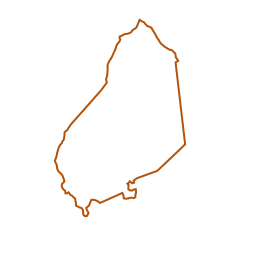 Croatá, Ceará, Brazil, rotated 123°
{"feature_id": "56859067B24507433610360", "entity_name": "Croatá", "entity_type": "district", "adm_level": 2, "iso_a3": "BRA", "parent_name": "Brazil", "parent_adm1": "Ceará", "projection": "natural_earth1", "projection_center": [-40.941, -4.378], "detail": "fine", "context": "isolated", "style": "outline", "palette": "amber", "viewbox_px": 256, "rotation_deg": 123, "n_neighbors": 0, "source": "geoboundaries", "source_scale": "gbopen_adm2", "svg_char_len": 2055}
<svg xmlns="http://www.w3.org/2000/svg" viewBox="0 0 256 256"><g transform="rotate(123 128 128)"><path d="M31.0,177.2L36.0,176.2L38.1,175.8L39.6,175.8L40.9,176.3L42.2,177.0L43.7,177.5L45.7,177.5L47.3,178.2L49.1,179.6L50.6,181.4L51.8,182.4L53.9,183.5L55.8,184.8L57.1,184.1L58.0,182.7L60.0,182.3L62.1,182.5L63.8,182.7L65.6,182.5L67.5,181.7L70.2,181.3L72.4,181.0L75.0,180.5L76.8,180.3L78.9,180.1L81.4,180.1L83.5,180.0L85.7,179.6L87.1,178.9L88.3,178.2L89.9,177.0L91.5,176.1L94.3,174.6L95.7,173.9L97.5,173.5L99.4,172.7L101.4,170.5L111.8,171.2L151.9,177.2L153.3,177.5L154.8,177.6L156.8,177.9L158.8,177.8L160.5,178.0L162.5,177.8L164.0,178.3L166.1,178.8L167.4,178.1L168.9,177.2L170.5,176.5L172.9,175.5L175.2,175.7L176.8,175.2L178.6,175.7L180.5,175.6L182.7,175.3L185.0,174.6L187.4,173.9L190.0,172.8L192.7,172.0L195.4,171.5L196.9,169.2L198.1,167.3L199.5,166.3L200.9,165.0L202.4,162.3L202.7,160.2L203.1,158.2L203.9,156.5L205.0,155.3L205.9,153.8L207.5,152.2L210.6,152.8L212.5,152.2L213.9,150.6L214.7,148.7L214.9,146.5L216.9,144.8L216.0,143.6L214.3,142.8L215.4,140.1L215.3,138.1L215.8,135.5L216.0,133.8L217.6,132.6L219.0,130.9L220.4,130.2L221.5,129.3L221.2,127.4L221.1,125.7L220.4,123.4L221.3,121.1L222.9,119.9L225.0,118.3L225.4,116.2L224.3,114.6L222.3,114.6L220.6,115.0L219.7,116.8L218.8,118.3L217.8,119.5L216.4,119.1L214.6,118.5L211.5,119.0L210.1,119.3L208.1,119.6L206.7,117.2L206.1,115.0L205.9,112.3L206.2,110.7L188.1,99.0L185.6,97.4L186.4,95.8L187.9,94.3L189.3,93.2L188.6,91.6L187.1,89.5L185.5,88.4L184.4,86.8L183.6,85.0L182.1,84.1L180.3,85.3L178.0,86.0L176.3,87.2L175.1,88.1L175.9,89.3L177.9,90.2L179.3,92.3L179.2,94.3L176.9,95.8L175.5,96.4L175.0,98.2L173.6,97.5L171.7,97.5L172.1,94.6L170.4,93.1L169.1,94.6L165.3,93.2L148.0,80.1L124.4,74.4L122.3,73.9L110.6,71.2L47.1,123.8L44.3,122.5L43.5,124.1L42.8,126.2L39.8,128.9L38.8,133.8L39.7,135.7L39.9,141.6L39.5,143.8L39.4,145.7L38.6,148.1L37.4,150.3L36.8,152.2L34.0,157.2L32.0,161.5L31.2,162.9L31.4,165.1L32.0,167.4L31.2,170.5L30.6,172.2L31.0,174.7L31.0,177.2Z" fill="none" stroke="#b45309" stroke-width="2"/></g></svg>